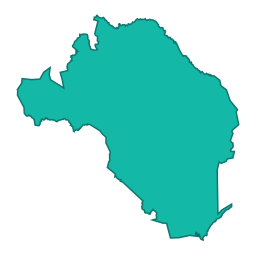 Guadalupe y Calvo, Chihuahua, Mexico
{"feature_id": "50627088B19833882883386", "entity_name": "Guadalupe y Calvo", "entity_type": "district", "adm_level": 2, "iso_a3": "MEX", "parent_name": "Mexico", "parent_adm1": "Chihuahua", "projection": "equal_earth", "projection_center": [-107.163, 26.124], "detail": "fine", "context": "isolated", "style": "filled", "palette": "teal", "viewbox_px": 256, "rotation_deg": 0, "n_neighbors": 0, "source": "geoboundaries", "source_scale": "gbopen_adm2", "svg_char_len": 5662}
<svg xmlns="http://www.w3.org/2000/svg" viewBox="0 0 256 256"><path d="M165.5,31.5L165.1,30.5L163.7,30.6L162.7,27.7L159.8,27.6L159.1,26.4L158.3,25.8L158.3,24.6L156.1,21.8L154.5,20.6L152.9,20.0L150.9,19.9L149.7,19.3L148.2,20.1L147.6,19.9L146.9,20.3L146.2,20.2L145.2,18.7L144.2,19.4L142.7,19.3L142.5,19.6L141.9,19.8L140.6,18.9L140.2,18.9L139.9,19.7L139.3,19.8L138.4,19.6L137.5,18.9L137.1,18.9L136.7,19.5L135.5,20.3L135.2,21.2L134.7,21.9L133.4,22.3L132.5,22.1L131.7,23.9L131.1,23.9L130.0,24.5L128.3,23.8L128.1,24.0L128.1,25.0L127.6,25.5L126.2,25.0L125.7,25.2L125.5,25.9L124.4,24.7L122.9,24.7L122.5,25.2L121.9,25.1L121.1,25.6L120.4,25.5L119.8,23.9L119.3,23.7L118.7,24.4L119.2,26.2L118.0,27.7L117.9,28.5L117.5,28.4L116.8,27.6L116.1,28.3L115.3,28.5L114.8,28.0L113.6,27.7L113.3,26.9L112.2,26.1L111.8,25.5L110.9,25.7L109.1,24.2L108.9,22.7L107.8,22.7L106.2,20.3L104.9,19.9L104.4,18.2L103.9,18.1L103.2,17.4L101.6,18.2L99.5,17.5L99.1,17.6L97.1,15.4L96.7,15.4L95.9,17.2L94.3,17.2L94.2,18.6L93.8,19.7L98.0,20.9L94.8,33.6L95.4,35.2L97.6,36.5L97.3,40.6L97.8,41.4L98.5,41.8L98.2,43.3L97.9,44.3L96.8,44.5L95.8,44.2L95.2,44.5L95.1,45.5L95.6,46.9L97.4,49.4L96.3,50.0L94.0,50.1L90.8,49.2L90.9,48.8L90.0,46.8L90.1,46.4L89.5,45.8L89.2,44.8L89.2,43.4L89.0,42.7L89.3,42.3L89.3,41.4L89.1,40.5L87.7,38.7L87.9,36.9L87.2,34.5L84.1,34.0L83.6,34.1L83.2,34.6L82.5,34.2L80.8,34.7L79.8,34.3L79.6,34.9L80.1,36.7L79.7,36.8L79.0,37.6L77.4,38.2L77.3,39.0L76.9,39.3L76.7,39.9L75.5,40.8L74.5,42.0L73.7,44.5L72.9,45.2L72.5,45.9L73.2,47.4L74.6,48.1L75.4,49.2L76.3,49.8L77.0,50.6L77.0,50.8L77.8,51.5L77.4,51.8L76.0,51.2L76.0,51.8L76.4,52.2L76.0,52.4L76.3,53.0L75.2,54.8L74.2,55.1L74.1,55.4L72.6,55.2L72.5,55.6L71.2,55.7L71.3,56.3L70.7,57.0L71.2,57.4L71.9,57.5L71.9,58.7L71.3,59.9L71.9,60.6L70.4,61.1L69.9,62.3L68.1,63.5L67.8,64.0L67.2,65.6L67.4,66.3L67.0,66.9L67.5,67.8L67.2,68.3L67.7,69.3L67.7,70.6L67.4,70.7L60.2,72.4L62.4,80.4L63.7,88.0L50.6,79.8L49.2,74.8L50.1,67.6L43.8,72.1L39.9,79.1L31.3,79.6L22.1,78.6L21.7,83.2L17.3,89.7L17.7,90.8L17.5,95.3L24.0,107.4L24.3,113.3L26.4,116.0L28.8,115.8L29.0,115.1L29.6,115.9L30.8,115.9L31.7,117.6L32.9,118.1L33.4,118.9L34.0,118.9L35.2,125.2L39.0,125.7L40.1,123.9L40.2,121.8L40.5,121.5L41.6,121.2L41.3,120.1L41.5,119.2L42.0,119.0L43.6,120.0L44.7,119.6L45.1,119.1L45.3,118.0L45.6,117.7L46.0,117.9L46.3,118.6L47.4,118.5L47.8,119.5L49.2,119.5L50.1,120.0L50.3,119.7L51.9,119.7L53.3,120.1L54.3,119.9L55.3,120.9L56.8,121.7L59.1,120.1L60.2,120.1L61.1,119.6L63.2,119.4L63.7,118.6L64.8,118.5L65.5,119.7L66.6,119.9L67.3,119.7L68.8,120.7L69.0,122.2L69.9,123.1L70.6,123.3L71.1,124.4L70.6,125.1L71.5,125.1L71.9,126.4L73.1,127.0L72.9,128.3L73.5,129.9L73.8,130.2L73.8,130.9L73.5,131.1L74.1,131.7L74.5,130.9L75.1,130.4L75.5,130.3L76.1,129.4L76.5,129.4L77.5,130.3L78.2,130.3L78.5,129.8L79.3,129.5L79.2,128.6L80.4,128.4L80.4,127.9L81.6,126.8L82.6,125.3L83.0,124.9L84.4,125.1L87.3,124.0L87.2,124.9L89.6,124.3L99.9,130.7L102.8,134.4L106.1,137.3L105.9,142.8L110.4,152.1L110.2,152.4L110.1,153.7L109.6,154.1L109.5,154.5L109.8,154.8L109.5,155.4L109.8,156.4L109.5,157.4L109.8,158.5L109.5,160.1L109.8,160.9L108.8,161.7L107.4,167.5L115.4,174.0L115.1,175.0L115.3,175.4L115.0,175.8L114.8,176.9L115.1,176.8L115.0,177.0L115.6,176.3L115.9,176.4L117.4,178.5L119.8,180.1L120.7,179.7L120.5,181.2L121.1,181.1L121.9,181.8L122.6,182.0L143.0,201.0L142.4,201.7L142.0,202.8L142.1,203.6L142.5,203.5L142.5,203.8L142.3,203.9L142.6,204.4L142.0,205.9L141.9,207.4L142.3,207.6L142.4,207.8L142.0,208.6L142.6,209.4L144.5,210.3L144.7,212.4L145.4,213.0L146.9,212.8L147.9,213.2L148.7,214.0L150.0,214.1L150.1,212.7L150.8,212.7L150.9,211.8L151.6,211.0L152.9,210.3L153.1,209.4L156.8,212.8L156.2,215.8L156.7,217.0L156.6,218.8L152.5,220.0L163.2,223.2L165.6,223.1L167.5,223.6L166.7,223.7L170.5,238.0L178.9,237.7L189.8,235.4L196.1,236.2L195.6,232.9L196.6,235.2L196.6,236.2L199.2,236.6L195.3,231.9L198.6,234.5L199.0,234.2L199.4,234.5L199.8,235.7L199.9,237.1L200.7,238.9L201.7,239.6L202.5,239.5L203.5,240.6L202.8,238.4L203.1,237.4L203.4,236.8L205.0,235.4L206.2,235.1L206.5,235.5L206.8,235.3L207.0,234.2L207.0,231.7L207.9,231.0L207.8,230.5L208.1,230.2L208.4,229.0L209.0,228.6L209.2,228.0L210.7,225.5L212.5,223.7L212.6,222.9L214.5,221.7L214.9,221.8L215.3,221.2L215.9,220.9L216.5,219.1L218.1,218.7L219.2,218.2L219.6,217.6L220.9,217.2L221.3,216.2L221.6,216.0L221.7,215.3L222.2,215.1L222.1,214.1L222.6,213.5L223.2,213.4L224.5,211.9L225.0,210.9L225.9,210.6L226.1,210.0L228.4,209.2L231.7,206.6L231.6,204.1L222.3,209.7L217.9,214.1L217.2,169.9L219.1,162.0L221.2,163.3L226.0,161.5L227.4,158.9L232.8,158.0L234.4,151.5L230.6,151.4L231.0,148.9L231.5,148.9L233.1,147.0L233.0,143.3L231.4,142.1L230.4,140.4L232.9,133.5L231.9,131.5L232.3,130.1L238.7,124.7L236.1,111.8L237.5,109.7L230.0,100.5L226.4,89.8L220.9,85.7L219.8,80.4L214.0,75.8L212.7,76.0L212.1,75.7L211.4,75.9L211.1,76.5L211.1,75.6L210.7,74.7L210.3,74.6L209.7,75.5L209.4,75.5L209.0,75.1L208.9,74.3L207.5,74.3L206.6,73.4L204.9,74.5L203.8,73.8L203.6,73.2L203.1,72.9L202.3,71.7L201.3,71.8L200.6,72.8L199.8,71.7L199.6,70.7L199.0,70.6L197.6,69.7L197.2,68.9L196.7,68.4L195.8,68.5L193.5,66.3L193.1,64.9L191.9,64.3L191.3,62.1L190.9,62.1L190.6,62.9L190.1,62.5L189.6,62.5L189.3,61.6L189.6,60.5L189.4,59.8L188.8,59.3L188.1,58.2L187.3,58.2L187.2,57.4L186.6,56.8L186.5,56.2L185.8,55.8L185.3,56.1L183.6,55.5L182.9,56.2L179.4,49.9L177.2,44.7L176.7,44.1L176.5,43.1L176.1,42.8L175.9,43.3L175.5,43.3L175.6,42.0L175.3,41.8L174.1,42.1L174.0,42.6L173.7,42.7L173.7,41.8L174.2,41.6L174.1,41.2L173.2,40.0L172.1,39.7L171.9,39.0L171.1,39.2L170.3,37.5L169.2,37.3L168.4,38.0L167.1,35.8L166.3,36.0L165.6,35.2L164.6,34.9L164.4,34.1L165.2,32.7L165.5,31.5Z" fill="#14b8a6" stroke="#0f766e" stroke-width="1.5"/></svg>